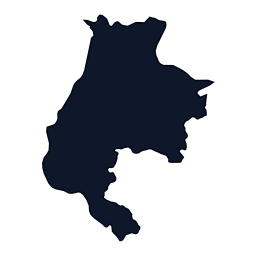 the border of Macvanski
{"feature_id": "SRB-838", "entity_name": "Macvanski", "entity_type": "District", "adm_level": 1, "iso_a3": "SRB", "parent_name": "Republic of Serbia", "parent_adm1": "", "projection": "orthographic", "projection_center": [19.594, 44.517], "detail": "fine", "context": "isolated", "style": "filled", "palette": "ink", "viewbox_px": 256, "rotation_deg": 0, "n_neighbors": 0, "source": "natural_earth", "source_scale": "10m", "svg_char_len": 5633}
<svg xmlns="http://www.w3.org/2000/svg" viewBox="0 0 256 256"><path d="M72.3,193.1L69.6,193.0L67.9,192.4L64.0,190.4L55.9,188.6L52.1,186.8L48.7,182.6L44.5,173.5L43.1,168.2L42.8,163.2L44.4,157.7L47.1,154.4L49.3,150.5L49.7,143.2L46.8,131.5L47.3,127.3L54.0,125.1L55.5,123.9L56.7,122.1L57.8,120.0L58.2,118.1L58.0,113.9L58.4,112.1L59.3,110.9L61.4,109.7L62.2,108.8L71.2,93.7L73.9,85.8L75.3,83.3L77.3,81.2L81.2,78.0L83.0,75.3L84.9,70.4L91.7,38.4L92.4,37.2L93.4,37.0L94.1,36.2L93.9,33.6L93.4,31.3L92.6,29.8L91.5,28.8L90.4,27.5L90.8,26.1L87.5,23.9L84.4,20.5L87.4,20.7L93.2,22.8L96.0,22.4L98.1,20.2L97.7,18.0L99.7,15.4L100.1,15.4L100.6,15.4L101.2,15.5L102.2,15.8L102.7,16.1L104.8,17.7L105.8,18.6L106.6,19.5L106.9,20.0L107.4,21.7L108.2,23.3L108.7,25.0L109.1,25.5L109.5,26.0L109.9,26.2L110.7,26.5L111.1,26.6L111.5,26.6L111.9,26.4L112.4,26.1L113.1,25.4L114.0,24.2L114.7,23.4L115.2,22.9L116.0,22.4L116.6,22.2L117.1,22.0L117.4,22.0L117.9,22.1L118.4,22.4L118.8,22.8L120.6,24.4L121.1,24.8L122.2,25.4L123.2,25.7L125.0,26.0L126.5,26.3L127.0,26.4L127.6,26.3L128.2,26.3L129.0,26.0L130.8,25.1L134.1,23.5L135.4,22.9L136.1,22.8L136.8,22.7L138.3,22.7L142.3,22.8L143.8,23.0L144.4,23.1L149.8,17.4L151.6,18.0L154.8,18.6L158.9,20.9L164.0,21.6L165.4,22.4L165.8,25.2L164.8,28.6L156.7,45.0L154.9,50.9L155.8,55.9L156.9,58.2L157.7,60.4L158.6,62.3L160.3,64.1L163.3,65.6L173.0,65.7L182.3,70.5L187.3,74.1L190.5,77.5L195.1,80.5L208.0,80.4L213.2,82.2L209.4,84.9L198.3,90.1L196.4,93.1L200.2,97.4L206.4,94.9L205.3,103.2L205.5,104.3L205.5,104.7L205.4,105.1L204.3,106.9L204.1,107.4L204.1,107.7L204.2,108.0L204.5,108.6L205.5,109.8L205.7,110.2L205.8,110.8L206.0,112.2L206.0,115.1L205.1,115.1L204.9,115.1L204.7,115.1L204.1,115.7L202.3,116.9L201.7,117.2L199.3,118.0L198.0,118.8L197.7,118.9L197.2,118.8L196.7,118.5L195.4,117.4L194.6,116.9L193.8,116.6L193.2,116.5L192.6,116.6L192.2,116.7L191.8,116.8L191.2,117.2L190.7,117.6L189.1,119.1L188.3,119.7L187.9,119.9L186.5,120.4L186.2,120.6L185.8,120.9L184.9,121.9L184.5,122.4L184.1,123.0L183.7,124.1L183.2,126.0L183.8,126.6L184.2,127.1L184.5,127.7L184.6,128.2L184.7,128.8L184.6,130.2L184.7,130.8L185.3,132.1L185.7,132.7L186.6,133.9L186.8,134.3L187.0,134.8L187.1,135.4L187.1,136.3L187.0,136.6L186.8,137.0L186.5,137.4L186.2,137.7L184.9,138.8L184.6,139.1L184.5,139.5L184.4,139.8L184.5,140.5L185.5,142.7L185.8,143.8L185.9,144.5L186.0,145.9L186.0,147.4L185.9,148.0L185.8,148.7L185.6,149.0L185.4,149.3L185.1,149.5L184.7,149.5L184.3,149.4L183.3,149.0L182.4,148.8L181.8,148.8L181.4,148.9L180.5,149.2L180.0,149.6L179.6,150.0L179.2,150.5L179.0,151.0L179.0,151.5L179.3,152.1L179.7,152.8L181.4,154.7L183.3,157.3L182.6,158.2L181.7,159.6L181.4,160.2L181.1,161.1L180.9,161.5L180.5,161.8L180.1,161.9L179.0,162.1L178.2,162.1L171.5,162.1L170.1,162.0L169.3,161.8L169.0,161.4L168.9,161.1L168.9,160.7L169.0,159.5L168.9,159.0L168.7,158.4L167.3,156.3L166.8,155.7L166.3,155.2L165.7,154.8L165.3,154.7L163.7,154.2L161.3,153.4L157.4,151.5L155.5,150.8L152.5,149.3L151.2,148.8L150.6,148.7L150.0,148.6L148.8,148.7L148.2,148.8L146.1,149.6L145.5,149.7L143.2,150.1L142.1,150.5L141.5,150.8L139.5,151.9L139.1,152.3L138.7,152.6L138.1,152.8L137.5,152.9L136.4,153.0L135.2,152.9L134.7,152.9L134.2,152.7L133.8,152.5L133.1,152.0L132.5,151.3L132.3,150.9L131.7,149.3L131.5,148.9L131.1,148.6L128.7,146.8L126.3,147.0L124.6,147.3L123.6,147.7L122.4,148.3L121.8,148.5L121.2,148.7L120.6,148.6L119.4,148.3L118.8,148.2L117.8,148.3L116.6,148.4L116.0,148.6L115.3,148.9L114.6,149.5L114.3,149.8L114.2,150.3L114.2,150.5L114.3,150.8L114.5,151.2L114.7,151.5L115.1,151.7L115.5,151.9L117.0,152.5L117.3,152.7L117.6,153.1L117.8,153.5L117.7,154.2L117.1,155.2L116.9,155.7L116.8,156.3L116.8,158.2L116.6,159.1L115.9,161.6L115.4,162.9L114.1,165.5L113.7,166.2L113.1,166.8L112.7,167.1L111.9,167.3L111.4,167.4L109.7,167.2L109.3,167.2L108.9,167.4L108.4,167.7L108.0,168.1L107.6,168.9L107.5,169.3L107.4,169.9L107.5,170.4L107.6,170.8L108.0,171.7L108.3,172.1L108.8,172.7L109.1,172.9L109.6,173.2L110.0,173.3L110.4,173.3L112.4,172.9L112.7,172.9L113.0,173.0L113.4,173.3L113.6,173.8L114.0,174.9L114.9,176.3L115.5,177.7L115.6,178.3L115.6,178.9L115.6,179.4L115.4,180.0L115.0,180.7L114.5,181.1L114.0,181.5L113.1,181.8L111.3,182.2L110.8,182.3L110.4,182.5L109.9,182.9L109.5,183.3L108.7,184.6L108.0,185.6L107.7,186.0L107.5,187.1L107.3,188.3L107.2,188.8L107.0,189.2L106.7,189.6L106.4,189.9L104.6,191.3L104.4,191.5L104.0,192.0L103.9,192.4L103.8,192.8L103.9,194.4L103.9,195.2L103.7,195.9L103.4,196.6L103.0,197.5L103.7,198.3L106.0,200.1L107.0,200.6L109.0,201.4L110.3,202.1L110.9,202.3L112.6,202.5L115.2,203.1L115.8,203.3L116.3,203.6L116.8,204.0L117.7,205.0L118.1,205.3L118.9,205.7L119.8,206.1L120.2,206.2L120.7,206.2L122.4,206.0L122.7,206.1L123.1,206.3L123.4,206.5L124.8,207.8L125.4,208.2L127.3,209.0L127.7,209.3L128.3,209.6L128.7,210.2L130.1,212.3L131.6,214.7L131.4,214.8L131.3,215.2L131.3,215.4L131.3,215.8L131.8,217.7L132.2,219.3L132.4,219.6L132.5,219.9L132.7,220.0L133.1,220.2L134.0,220.4L134.4,220.6L134.8,220.8L135.1,221.1L135.8,221.9L136.5,222.8L137.3,224.2L137.8,225.4L138.2,225.9L138.8,226.4L139.5,226.8L139.6,227.6L139.6,228.3L139.4,228.9L138.4,230.6L137.8,232.1L137.4,232.6L137.0,233.0L136.6,233.3L135.8,233.5L135.2,233.5L134.3,233.3L133.5,233.0L132.0,232.6L131.6,232.6L131.1,232.6L130.6,232.8L128.7,233.6L128.3,233.8L126.6,234.2L126.1,234.4L125.8,234.7L125.2,235.3L124.7,236.0L123.1,239.0L122.6,239.6L122.2,240.0L121.4,240.3L120.1,240.6L116.7,235.6L113.7,232.8L112.5,231.1L112.1,226.4L110.5,224.3L109.4,224.3L107.2,226.5L106.1,226.9L104.8,226.1L102.8,224.0L94.5,217.8L90.9,214.1L89.7,210.7L89.4,205.3L87.0,199.6L83.8,194.8L80.6,192.1L78.4,191.7L72.3,193.1Z" fill="#0f172a" stroke="#020617" stroke-width="1.5"/></svg>